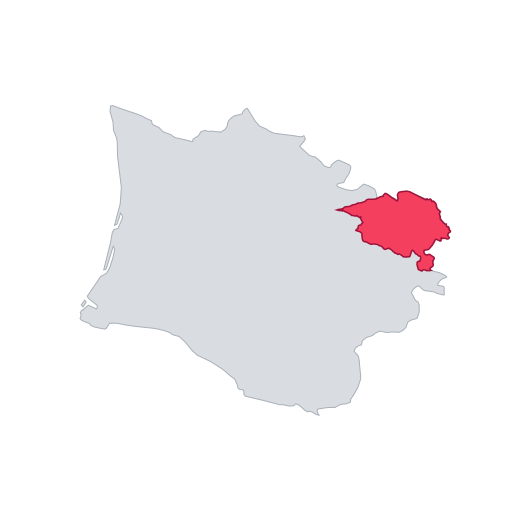 Denguélé on a map of Ivory Coast (Equal Earth projection), rotated 111°
{"feature_id": "CIV-3437", "entity_name": "Denguélé", "entity_type": "Region", "adm_level": 1, "iso_a3": "CIV", "parent_name": "Ivory Coast", "parent_adm1": "", "projection": "equal_earth", "projection_center": [-7.217, 9.491], "detail": "fine", "context": "in_parent", "style": "filled", "palette": "rose", "viewbox_px": 512, "rotation_deg": 111, "n_neighbors": 0, "source": "natural_earth", "source_scale": "10m", "svg_char_len": 8560}
<svg xmlns="http://www.w3.org/2000/svg" viewBox="0 0 512 512"><g transform="rotate(111 256 256)"><path d="M148.6,99.7L149.9,99.6L153.3,98.3L156.3,95.3L159.2,89.0L163.1,84.0L167.4,84.3L168.7,83.4L170.3,83.2L172.1,86.6L173.9,89.1L175.2,89.2L176.2,93.9L184.2,95.9L187.6,97.3L190.5,100.7L191.5,100.8L192.7,100.1L193.6,98.9L193.8,97.5L192.6,94.4L193.1,91.6L194.4,89.0L196.4,88.9L199.5,88.2L203.1,88.1L205.7,88.6L206.8,86.1L205.8,79.0L206.0,75.1L206.4,71.7L207.4,70.4L211.4,74.6L215.0,76.0L217.6,76.2L218.3,75.4L217.2,70.9L217.5,69.5L218.4,68.7L220.1,68.3L224.7,66.4L225.2,66.8L226.1,73.9L225.7,76.2L226.6,81.1L227.8,85.6L227.8,87.4L226.8,90.2L225.6,92.8L225.7,93.8L227.6,95.6L231.1,97.3L234.7,97.8L236.7,95.1L238.9,93.0L240.3,91.1L240.8,88.3L243.1,86.2L249.7,83.6L255.8,83.2L257.2,84.1L260.0,88.0L263.4,90.7L268.7,90.4L272.6,92.0L275.9,95.0L278.1,101.7L280.6,106.6L281.7,113.5L285.5,117.1L288.5,118.7L292.6,123.8L296.9,126.3L301.2,125.7L303.3,128.4L306.5,130.2L309.8,130.3L312.7,124.6L316.4,122.3L326.0,117.6L329.8,115.6L333.6,114.2L342.8,113.8L351.4,115.2L355.7,116.3L358.6,115.5L361.4,118.3L364.3,124.0L366.6,125.9L369.0,127.9L370.8,132.4L372.9,136.9L374.1,138.9L376.7,143.4L378.9,143.5L381.0,141.5L382.0,140.1L382.4,143.0L381.6,147.8L381.8,150.8L383.0,151.9L382.3,155.7L379.8,162.2L379.8,166.0L382.4,167.2L384.2,171.3L385.3,178.2L386.4,180.5L386.5,182.0L388.4,198.8L390.7,215.7L389.3,217.9L387.3,218.6L386.0,219.3L385.7,220.9L386.5,223.2L386.0,225.3L383.5,226.8L378.2,232.2L377.9,234.3L376.5,238.9L375.3,241.7L373.6,246.9L370.8,260.6L369.9,271.9L369.7,275.4L368.6,277.9L367.4,281.4L361.7,291.2L358.7,299.1L359.1,302.6L359.3,306.1L358.4,308.6L358.6,315.3L359.3,320.9L360.4,326.5L364.6,342.1L366.8,351.6L368.2,359.3L369.4,364.4L370.6,366.5L371.0,368.5L377.3,369.9L378.5,371.1L380.2,381.1L379.9,385.6L378.7,387.3L378.8,391.1L378.5,395.9L377.6,397.8L374.1,398.0L371.7,399.8L368.6,399.1L368.3,397.9L366.6,397.5L362.0,394.8L362.7,386.1L360.6,385.7L358.9,386.9L355.6,397.3L354.0,399.1L330.9,393.7L325.8,389.4L319.8,388.4L309.3,388.9L300.6,390.2L298.2,392.8L320.0,391.3L322.4,391.6L323.5,393.2L295.8,396.6L285.3,398.6L282.2,398.1L279.8,394.7L268.3,394.3L266.0,395.4L264.6,397.9L269.1,397.4L276.2,397.2L278.1,399.1L255.8,401.5L240.4,406.2L233.8,409.7L212.3,421.1L199.1,426.5L195.7,428.5L189.7,434.1L182.0,437.6L173.4,444.1L168.1,445.6L166.9,443.5L166.8,432.4L166.1,417.5L166.3,411.9L167.0,406.5L167.1,402.1L169.7,400.4L170.4,398.5L170.8,392.8L173.2,387.5L173.3,378.4L174.0,376.5L174.5,374.0L173.5,368.0L172.1,356.7L171.5,356.0L170.9,356.4L169.5,356.7L164.1,352.7L159.9,352.1L157.0,348.7L156.8,344.9L155.4,342.7L154.4,338.3L152.9,333.2L148.8,330.2L144.9,329.4L142.2,330.1L139.0,329.9L135.3,328.2L132.7,326.3L130.3,322.6L128.1,319.7L126.3,320.0L124.1,319.3L122.0,318.0L121.3,317.0L130.3,305.2L133.3,299.5L133.6,296.0L133.7,292.4L134.6,288.8L134.9,283.2L130.0,263.1L128.7,256.9L127.4,255.1L126.5,254.4L129.0,251.8L132.5,252.5L137.8,254.5L138.9,252.5L142.9,242.4L142.8,238.6L142.4,236.0L144.8,229.1L146.7,226.4L147.6,223.5L147.3,219.5L145.9,218.0L144.1,218.3L141.9,217.3L138.5,215.1L136.8,213.0L137.3,203.9L137.6,201.0L138.8,199.4L140.7,198.9L145.9,198.7L150.1,199.7L153.9,200.3L155.9,200.3L157.5,203.0L159.6,205.8L161.5,205.8L162.1,203.7L161.7,194.7L160.5,189.9L157.6,185.3L150.3,181.3L150.1,175.8L150.8,169.9L152.4,167.7L157.9,163.9L156.9,161.8L155.2,159.7L151.7,157.5L152.5,150.3L152.7,144.0L149.8,144.7L146.8,145.1L144.2,143.1L142.1,139.2L141.7,128.6L141.7,116.3L141.3,110.9L142.1,108.0L144.7,105.3L147.6,101.9L148.6,99.7ZM365.6,399.2L364.4,401.6L358.5,400.1L359.9,398.1L365.6,399.2Z" fill="#d9dde1" stroke="#a8b0b8" stroke-width="1"/><path d="M141.7,117.3L141.3,116.7L141.6,116.4L141.7,116.0L141.6,114.9L141.4,114.6L141.1,114.5L140.9,114.5L140.7,114.4L140.6,113.9L140.4,113.3L140.5,112.8L141.4,112.3L142.0,111.7L142.1,111.1L141.6,110.9L141.2,110.2L141.6,108.7L142.5,107.1L143.4,106.1L145.6,105.0L146.6,104.2L147.5,102.8L147.6,101.9L147.8,101.1L148.2,100.4L148.6,99.7L149.4,100.1L150.4,100.1L151.3,99.8L152.1,99.3L152.9,98.4L153.3,98.0L154.4,97.8L154.9,97.6L155.3,97.2L155.7,96.8L156.7,95.0L156.9,94.5L157.1,93.9L157.4,93.6L157.7,93.3L157.9,92.8L158.0,92.0L158.5,90.8L158.0,89.8L158.8,89.5L159.8,88.7L160.3,87.8L159.8,86.9L160.2,86.6L160.4,86.5L160.4,86.1L161.0,85.5L161.4,85.3L161.9,85.4L162.3,85.3L162.5,84.6L162.7,83.9L162.9,83.4L163.9,83.2L165.4,84.5L166.5,84.6L166.9,84.6L167.7,84.6L168.1,84.4L168.4,84.0L169.5,82.2L170.1,82.1L170.6,82.3L171.1,82.6L171.4,83.2L171.7,83.9L171.7,84.5L171.7,85.2L171.7,85.7L171.9,86.3L172.6,87.9L172.7,88.6L172.6,89.1L172.6,89.5L173.2,89.5L173.6,89.4L174.8,88.8L175.8,88.9L176.1,89.8L175.8,92.2L175.8,93.6L176.2,94.4L176.9,94.6L179.7,94.7L183.2,95.4L187.5,97.0L188.3,97.6L189.0,98.7L189.6,100.1L190.4,101.0L191.5,101.0L192.5,100.5L193.5,99.6L194.0,98.3L193.9,96.8L193.5,96.2L192.9,95.7L192.4,95.1L192.3,94.3L193.4,89.6L193.9,88.9L194.9,88.7L197.4,89.1L198.2,88.9L200.8,87.3L201.8,87.2L202.8,87.6L204.4,88.9L205.4,89.1L206.4,88.6L206.8,87.9L206.8,87.6L207.3,88.3L208.1,90.4L208.4,91.1L208.6,92.0L208.6,92.5L208.5,93.2L208.4,93.6L208.5,94.0L208.6,94.4L209.0,94.9L209.2,95.1L210.6,95.7L210.7,96.1L210.5,97.4L210.5,98.1L210.6,99.1L210.5,99.4L210.4,99.6L210.2,99.8L206.7,102.4L204.9,103.1L204.4,103.2L204.1,103.3L203.8,103.2L203.5,103.0L203.0,102.7L202.5,102.1L202.0,101.0L200.4,101.4L199.8,101.3L198.6,101.6L197.8,102.1L197.3,103.0L197.6,103.5L197.7,103.8L197.6,104.3L197.5,104.7L197.1,105.5L196.9,106.1L196.8,106.9L196.8,107.3L196.7,107.8L196.6,108.2L195.7,109.3L195.3,109.9L194.6,111.4L194.5,111.7L194.5,112.0L194.8,112.2L195.0,112.3L195.3,112.4L200.9,112.2L201.2,112.2L201.4,112.3L201.6,112.4L201.8,112.6L202.0,112.9L202.3,114.1L202.5,114.4L202.7,114.7L202.9,114.8L203.0,115.0L203.2,115.3L203.3,115.7L203.5,117.2L203.7,117.4L203.9,117.9L204.0,118.2L203.9,118.6L203.7,119.1L203.5,119.4L203.3,119.8L203.1,120.4L203.0,121.6L202.8,122.5L202.8,123.0L202.9,123.4L203.4,123.7L203.5,123.9L203.7,124.2L203.7,124.5L203.6,124.9L203.4,125.5L203.2,125.9L203.2,126.4L203.3,126.8L203.5,127.1L203.5,127.3L203.5,127.6L203.2,127.9L203.0,128.2L202.9,128.7L202.8,129.3L202.7,129.8L202.0,130.9L201.9,131.2L201.6,132.2L201.1,135.1L201.9,135.7L202.2,136.1L202.6,136.8L203.2,137.5L203.5,137.7L203.6,137.9L203.6,138.3L203.6,138.8L203.4,139.5L203.3,139.9L203.0,140.2L202.8,140.3L202.6,140.4L202.5,140.7L202.4,141.0L202.3,141.7L202.2,142.0L202.1,142.3L201.9,142.6L201.9,142.9L201.9,143.3L202.1,143.9L202.2,144.4L202.1,144.9L201.7,145.7L201.8,146.4L201.9,147.5L202.4,150.0L203.1,151.5L203.3,152.0L203.6,152.4L203.8,152.6L203.9,153.2L203.9,154.2L203.4,157.6L203.3,158.4L203.7,159.2L203.7,159.7L203.8,160.0L203.4,161.7L201.8,163.0L200.7,163.4L200.3,163.6L199.8,164.1L199.2,164.4L197.5,164.9L197.0,165.2L196.7,165.6L196.7,166.0L196.6,166.4L196.3,167.0L196.2,167.4L196.2,167.8L196.2,168.7L196.4,171.4L196.4,171.7L196.3,172.1L196.2,172.1L195.7,171.6L195.5,171.4L195.2,171.3L194.7,171.4L194.4,171.3L194.1,171.2L193.9,171.0L193.7,170.8L193.4,170.7L192.1,171.1L191.4,171.2L191.1,171.2L190.9,171.1L190.7,171.0L190.5,170.8L190.3,170.7L190.1,170.4L189.6,169.5L189.5,169.2L189.3,169.1L189.1,169.1L188.3,169.1L188.0,169.1L187.8,169.0L187.7,168.8L187.6,168.7L187.4,168.5L187.2,168.4L186.8,168.2L186.5,168.2L186.3,168.4L186.2,168.5L186.0,168.9L185.6,169.5L185.1,170.0L184.4,170.9L183.7,171.5L182.6,171.9L182.0,172.0L181.9,172.3L182.0,172.6L182.6,172.7L183.0,172.9L183.0,173.2L182.7,173.9L182.7,174.7L182.6,175.3L182.4,175.9L182.1,176.4L182.7,176.7L183.1,177.4L183.3,178.3L183.3,179.4L183.4,179.8L183.8,180.8L183.9,181.3L183.8,181.7L183.4,182.2L183.3,182.7L183.2,183.7L182.7,186.6L182.7,188.8L182.5,189.9L182.1,191.0L182.7,191.1L183.0,191.3L182.9,191.6L182.4,191.8L183.0,192.4L183.4,193.5L183.8,194.8L184.0,197.0L182.6,195.2L182.2,194.4L182.0,193.8L181.9,193.5L181.6,193.1L181.2,192.6L180.1,191.6L179.8,191.4L179.3,191.2L178.9,191.0L178.5,190.7L177.9,189.9L176.8,187.7L176.3,186.7L176.1,186.3L175.8,186.0L174.8,185.2L174.3,184.8L173.9,184.5L172.0,181.5L170.4,180.2L170.2,180.1L170.1,179.8L168.9,177.3L168.5,176.8L166.0,173.8L164.6,173.2L163.8,172.7L163.4,172.3L163.1,171.9L162.8,171.4L160.8,166.4L159.7,164.4L159.2,164.2L159.3,164.1L158.7,163.2L156.9,161.9L155.9,160.8L155.4,160.2L154.8,158.7L154.4,158.6L154.0,158.8L153.5,158.9L151.2,157.8L151.2,155.6L152.7,150.4L152.9,149.1L154.1,144.3L153.8,143.8L152.0,143.8L151.1,144.1L149.4,145.3L148.5,145.8L147.7,145.9L146.7,145.8L145.7,145.6L145.0,145.1L144.3,144.0L141.7,139.2L141.4,138.2L141.2,137.2L141.0,135.8L141.0,134.5L141.1,134.0L142.7,118.5L142.5,117.3L141.7,117.3Z" fill="#f43f5e" stroke="#9f1239" stroke-width="1.5"/></g></svg>